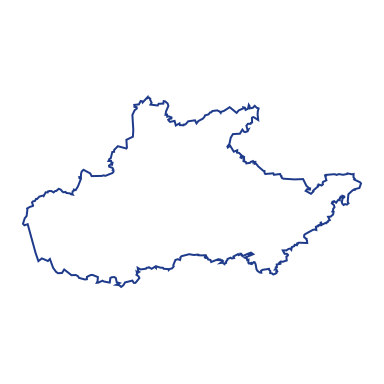 outline of Salfit, West Bank, Palestine
{"feature_id": "87354302B3498749981476", "entity_name": "Salfit", "entity_type": "district", "adm_level": 2, "iso_a3": "PSE", "parent_name": "Palestine", "parent_adm1": "West Bank", "projection": "orthographic", "projection_center": [35.128, 32.112], "detail": "fine", "context": "isolated", "style": "outline", "palette": "blue", "viewbox_px": 384, "rotation_deg": 0, "n_neighbors": 0, "source": "geoboundaries", "source_scale": "gbopen_adm2", "svg_char_len": 6048}
<svg xmlns="http://www.w3.org/2000/svg" viewBox="0 0 384 384"><path d="M36.0,198.9L35.0,200.9L32.7,201.5L32.0,202.6L33.1,205.4L32.9,206.0L30.1,206.8L27.1,208.5L27.4,209.6L26.6,216.0L24.7,218.3L23.0,223.8L24.4,225.3L27.7,224.2L35.6,253.0L38.4,261.1L41.9,258.4L47.9,261.0L49.9,259.0L53.1,267.8L56.0,271.8L58.0,273.2L62.0,273.0L64.2,269.5L71.5,275.2L75.8,275.0L78.1,276.3L79.0,277.9L85.0,279.5L86.9,279.2L86.9,276.9L90.5,275.1L92.5,274.9L97.9,277.1L97.6,281.1L96.8,282.8L98.4,282.6L102.5,280.7L103.9,281.5L109.7,282.6L110.4,277.9L111.9,277.2L114.4,277.1L115.8,278.0L116.7,282.2L119.5,283.1L116.2,284.8L119.2,285.1L121.1,286.9L123.3,285.3L125.1,282.4L132.4,280.6L133.8,282.9L135.3,282.9L136.2,282.0L139.4,278.0L138.6,276.4L136.5,274.8L137.1,273.9L136.7,271.8L137.9,272.7L139.2,271.9L138.2,271.2L137.7,267.8L140.3,269.3L141.7,269.3L146.0,268.7L146.6,267.8L148.8,267.6L148.3,266.9L151.6,268.8L154.9,266.8L156.0,268.0L156.2,266.3L160.2,267.6L163.0,267.8L163.7,268.8L168.5,269.1L168.7,270.0L169.7,269.0L172.0,268.4L173.7,266.5L173.3,265.2L175.4,260.0L177.8,259.2L180.0,260.0L180.5,258.5L180.3,257.6L181.5,256.2L189.2,254.2L193.8,255.0L197.8,254.6L198.4,254.7L198.3,255.2L201.0,255.4L205.8,255.2L206.1,255.9L205.0,256.0L204.8,257.4L205.6,258.0L207.4,257.7L208.1,259.5L210.4,259.9L211.2,262.0L218.3,259.2L219.4,259.4L218.7,260.1L222.1,260.2L223.0,261.0L220.4,263.0L222.6,262.7L224.5,264.1L224.7,263.3L226.1,262.9L226.1,261.4L227.3,260.2L227.5,259.0L230.6,257.7L231.8,258.5L234.1,258.0L233.5,256.5L238.0,254.1L238.6,255.1L240.3,254.4L240.3,253.7L241.1,253.8L241.0,254.6L241.9,254.9L241.8,255.6L242.6,256.1L248.3,253.6L248.7,254.2L251.1,253.6L249.3,253.3L251.0,252.6L253.2,254.2L244.9,257.7L246.8,258.5L247.2,260.1L248.5,259.7L248.3,262.7L248.9,263.5L250.9,263.0L250.7,263.8L251.8,264.1L253.8,262.1L254.6,262.2L255.6,264.2L256.5,269.3L257.5,270.9L259.7,272.5L261.3,272.7L261.1,270.7L262.6,269.8L268.9,268.9L268.8,269.5L270.3,271.0L270.2,273.1L272.0,273.4L273.3,274.5L274.7,274.0L276.3,273.2L276.6,272.7L276.3,271.9L277.3,271.4L276.5,269.7L275.1,269.6L275.7,269.0L275.7,267.4L276.9,267.2L276.7,264.5L279.9,263.9L279.4,263.2L280.3,263.0L279.9,262.2L280.9,261.5L282.6,261.8L286.7,260.5L286.4,256.5L287.9,255.5L287.9,254.7L286.9,253.8L284.6,253.8L282.8,250.4L286.4,250.4L288.6,248.9L290.2,248.6L291.3,249.8L291.8,247.1L294.2,246.2L294.7,244.8L296.9,245.2L297.1,243.7L297.7,243.9L298.0,243.0L298.8,242.7L307.2,243.0L307.0,240.6L306.2,239.2L306.5,238.9L304.2,237.3L304.1,235.3L305.0,234.2L313.0,229.8L314.5,229.5L316.3,230.0L315.9,226.8L317.8,226.4L317.7,225.7L319.3,224.9L319.6,225.4L321.1,225.2L320.6,222.7L321.0,222.5L321.9,224.6L322.6,224.4L325.2,223.1L326.4,223.2L326.6,222.3L327.9,221.9L328.3,220.7L329.8,220.1L328.1,216.8L330.7,216.6L333.1,214.5L333.6,211.9L332.4,211.6L333.2,210.2L333.1,209.0L334.5,207.2L333.9,205.1L331.8,203.3L332.5,201.7L333.4,201.4L333.5,202.0L334.4,201.3L336.1,202.7L338.4,199.7L339.7,200.2L340.0,197.8L340.4,197.8L340.7,196.7L341.8,196.9L342.3,195.7L344.3,196.5L344.3,197.2L342.5,198.6L342.1,201.0L341.2,201.7L341.7,201.6L342.2,203.5L343.6,205.0L345.1,204.1L346.9,204.6L348.5,203.3L347.7,201.8L348.4,194.2L352.8,190.2L354.8,189.8L354.6,189.2L359.4,188.0L361.0,183.4L360.1,182.3L354.2,179.5L354.7,178.7L353.5,177.4L353.6,174.0L352.0,174.3L347.4,173.4L347.2,174.0L343.0,174.8L339.0,174.1L336.5,174.9L335.8,174.4L336.0,173.9L335.4,174.5L334.3,174.2L325.9,174.9L326.0,175.6L325.1,175.6L326.4,180.3L323.0,181.9L322.6,183.1L322.9,184.4L321.6,185.5L318.6,184.5L318.3,186.0L317.8,185.8L317.8,186.6L313.5,190.3L313.0,190.9L313.4,191.5L311.0,193.8L305.7,190.9L307.1,189.2L309.9,189.6L310.1,188.4L309.2,188.3L306.4,185.8L303.1,179.1L294.4,179.4L283.4,178.7L281.9,178.0L281.5,176.3L281.1,176.4L280.1,174.0L273.9,174.8L273.3,173.3L265.3,174.0L264.5,172.8L264.5,171.0L263.3,170.8L258.3,166.5L256.0,163.6L254.9,163.8L255.3,161.9L253.8,161.9L253.3,162.5L252.9,161.1L250.7,161.9L250.1,162.8L246.3,163.4L245.9,162.0L243.5,161.2L243.6,160.2L244.9,159.9L244.0,159.7L244.1,156.9L242.5,156.0L241.8,158.1L240.5,157.5L241.4,155.2L239.0,152.9L237.0,152.6L237.2,150.3L233.8,151.7L230.2,145.8L227.8,147.5L227.4,146.5L228.6,145.0L229.1,145.2L230.7,137.8L232.9,134.1L239.9,133.7L242.4,129.6L243.9,131.7L245.2,132.1L247.6,131.3L248.5,129.4L247.5,129.9L246.4,125.7L247.9,123.8L250.6,123.8L250.8,123.0L252.1,122.5L251.9,118.0L252.3,117.4L253.6,117.1L258.2,120.0L257.6,114.5L257.8,111.3L258.6,108.4L256.8,107.8L254.7,105.8L252.7,107.9L249.5,108.4L249.6,106.2L248.8,104.9L248.1,108.3L246.9,109.3L245.6,109.9L244.9,107.7L243.3,107.3L243.5,108.3L238.7,110.4L236.6,112.9L229.7,107.2L223.8,111.0L221.1,111.8L220.7,112.9L219.6,111.5L217.2,110.4L212.4,111.0L211.3,112.3L210.3,112.3L208.5,114.4L205.0,115.4L204.5,116.8L202.8,118.7L198.4,121.0L196.5,123.4L195.0,120.3L188.2,121.3L185.5,124.4L183.6,124.6L183.5,125.3L179.9,125.1L179.5,123.4L175.8,125.5L174.6,120.9L170.0,121.9L168.5,120.3L168.2,119.7L169.3,119.0L171.4,118.5L171.5,117.4L168.5,116.3L167.2,116.7L167.0,114.6L165.5,114.8L166.0,111.5L168.4,105.9L167.6,103.5L165.2,101.4L163.7,101.1L163.3,103.6L158.6,103.8L157.7,105.5L150.5,104.6L151.6,102.7L150.1,99.6L150.3,98.8L148.9,97.6L147.7,98.1L147.6,97.1L142.6,102.5L142.1,101.3L140.7,101.0L138.9,104.4L134.3,104.9L134.5,106.9L136.6,107.1L136.8,108.5L134.6,110.3L132.4,115.0L133.3,130.1L132.9,136.7L126.4,139.8L126.9,147.7L126.4,148.5L117.8,146.2L114.1,150.0L114.1,151.8L112.3,152.0L110.7,158.4L109.4,159.0L108.5,161.0L111.1,161.0L111.5,162.7L112.5,162.8L112.0,164.8L110.6,164.4L109.0,165.6L109.2,166.7L112.5,167.9L113.3,169.5L112.9,170.0L113.3,170.1L113.6,171.5L112.5,173.0L105.4,175.8L103.2,175.4L102.0,175.9L91.6,176.1L90.2,173.4L83.5,169.8L81.7,171.5L81.0,174.0L80.9,177.3L79.3,177.1L79.5,178.2L80.9,178.9L77.9,186.5L75.7,190.1L73.9,189.6L73.9,190.6L72.7,191.3L72.2,193.8L72.7,194.6L71.1,194.3L70.0,193.4L66.4,193.0L65.5,191.9L63.7,192.3L62.6,191.8L60.7,189.6L58.7,188.8L56.4,190.9L55.2,191.0L53.6,192.4L51.5,191.1L49.8,191.0L48.0,191.4L47.7,192.4L45.7,192.3L43.7,196.0L43.3,195.5L39.3,196.6L37.1,199.0L36.0,198.9Z" fill="none" stroke="#1e3a8a" stroke-width="2"/></svg>